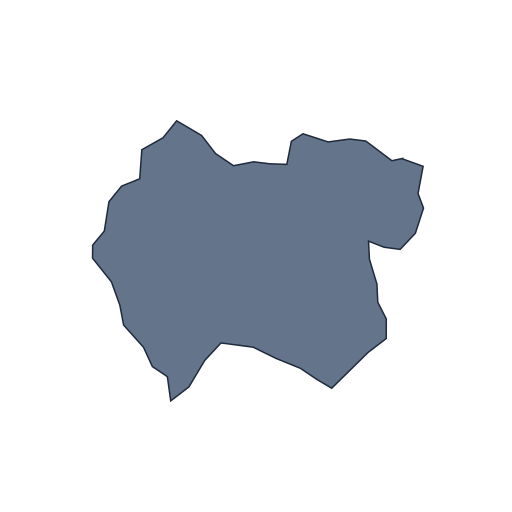 the district of Gnosjö, Jönköping, Sweden, rotated 304°
{"feature_id": "70781695B2934686109995", "entity_name": "Gnosjö", "entity_type": "district", "adm_level": 2, "iso_a3": "SWE", "parent_name": "Sweden", "parent_adm1": "Jönköping", "projection": "orthographic", "projection_center": [13.855, 57.379], "detail": "fine", "context": "isolated", "style": "filled", "palette": "slate", "viewbox_px": 512, "rotation_deg": 304, "n_neighbors": 0, "source": "geoboundaries", "source_scale": "gbopen_adm2", "svg_char_len": 806}
<svg xmlns="http://www.w3.org/2000/svg" viewBox="0 0 512 512"><g transform="rotate(304 256 256)"><path d="M418.5,322.6L411.0,315.4L412.7,282.7L405.4,268.3L390.9,252.0L383.6,226.6L370.9,221.2L349.2,230.3L340.1,215.8L332.8,201.4L318.3,186.9L318.3,165.2L325.5,143.5L323.7,114.6L302.0,112.8L280.3,101.9L255.0,116.4L238.8,105.5L218.9,103.7L191.8,116.3L173.7,114.5L162.8,121.7L153.7,150.6L139.2,170.5L124.7,184.9L117.4,213.8L106.4,231.9L106.4,250.0L88.2,266.3L109.9,273.6L140.7,271.9L164.3,275.6L178.8,304.6L182.3,330.0L187.7,355.5L187.7,375.5L188.7,392.7L211.3,397.3L238.6,402.8L260.4,410.1L276.7,399.2L285.8,382.8L300.4,371.9L316.7,351.9L331.2,341.0L334.9,357.3L342.1,371.8L364.0,375.4L389.4,368.1L398.4,355.4L423.8,344.4L418.3,322.6L418.5,322.6Z" fill="#64748b" stroke="#1e293b" stroke-width="1.5"/></g></svg>